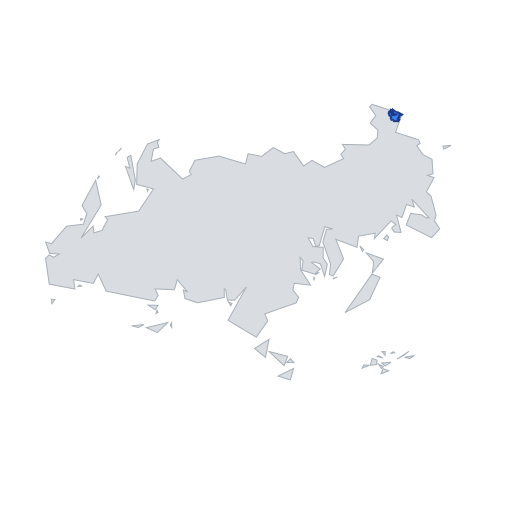 Russia, with Krasnodar highlighted, rotated 172°
{"feature_id": "RUS-2371", "entity_name": "Krasnodar", "entity_type": "Territory", "adm_level": 1, "iso_a3": "RUS", "parent_name": "Russia", "parent_adm1": "", "projection": "mercator", "projection_center": [39.522, 45.126], "detail": "fine", "context": "in_parent", "style": "filled", "palette": "blue", "viewbox_px": 512, "rotation_deg": 172, "n_neighbors": 0, "source": "natural_earth", "source_scale": "10m", "svg_char_len": 7746}
<svg xmlns="http://www.w3.org/2000/svg" viewBox="0 0 512 512"><g transform="rotate(172 256 256)"><path d="M347.9,382.0L335.7,384.8L337.8,382.5L337.1,377.2L342.7,376.1L346.7,364.3L337.1,366.4L317.9,342.4L308.8,345.7L310.3,349.2L303.0,359.3L278.9,360.1L253.6,348.6L249.6,358.4L236.6,353.8L223.8,361.0L213.2,353.3L204.4,354.2L196.3,338.5L187.3,342.9L175.8,334.2L155.6,340.3L157.9,344.8L152.5,349.4L154.9,354.5L128.5,350.2L119.7,355.9L117.7,363.7L124.5,371.8L117.9,378.2L122.7,387.9L120.0,390.1L91.7,376.2L100.6,359.0L79.0,348.6L77.7,344.7L81.4,343.0L76.8,333.3L68.3,327.4L69.3,312.8L74.8,311.9L68.7,308.9L78.4,295.8L74.4,291.0L72.0,271.4L74.4,266.1L70.3,257.4L79.6,249.7L102.9,265.8L96.9,276.7L86.1,273.6L82.0,270.1L79.3,269.6L93.8,290.6L92.3,282.4L99.8,286.0L106.2,273.8L111.1,277.1L109.1,259.1L115.7,260.5L117.8,264.9L113.2,267.9L117.3,272.0L136.3,256.8L134.9,262.0L151.7,261.4L154.8,250.5L174.6,261.4L169.7,240.9L182.4,225.4L185.8,227.4L183.3,237.8L187.8,260.5L182.5,272.7L175.9,272.0L183.8,275.5L191.8,257.7L195.3,256.9L197.1,265.4L201.7,266.7L198.4,257.4L188.3,255.3L189.8,244.8L186.5,237.9L190.9,226.3L193.4,239.4L200.1,242.1L201.9,241.9L194.2,234.1L200.5,230.0L212.6,235.6L210.1,244.7L212.5,248.6L213.7,236.0L206.0,219.5L221.9,223.7L224.2,217.3L219.5,209.3L222.7,204.0L255.3,197.5L253.4,190.1L267.0,175.5L292.6,196.2L269.9,226.6L283.2,215.3L290.4,216.3L290.7,226.2L291.1,227.7L292.1,227.9L293.1,219.4L320.4,217.8L332.2,223.7L332.7,232.5L328.7,229.8L337.2,243.5L341.5,233.9L360.5,237.5L358.3,230.5L362.7,225.6L409.2,242.0L414.8,260.1L420.9,251.5L440.0,258.0L439.9,248.5L464.7,256.9L464.7,283.0L460.8,285.9L456.5,282.9L450.5,285.4L460.0,287.3L462.4,299.2L456.9,296.6L439.5,311.9L422.4,311.5L417.7,321.4L421.3,330.3L404.2,353.4L402.2,328.1L426.7,298.2L413.1,308.3L413.4,301.5L405.0,302.7L397.8,312.6L400.0,315.9L365.9,316.8L348.1,336.7L364.2,343.5L360.9,363.6L347.9,382.0ZM175.7,187.6L143.7,221.9L136.2,217.7L149.5,196.9L175.7,187.6ZM367.8,338.7L372.8,362.8L368.7,360.6L369.9,371.6L366.0,373.2L364.9,347.9L367.8,338.7ZM130.2,235.2L143.2,222.9L140.2,233.9L146.3,243.7L130.2,235.2ZM352.6,202.4L364.4,193.9L374.5,200.3L352.6,202.4ZM243.5,143.4L256.3,159.6L238.5,152.2L243.5,143.4ZM239.2,128.5L250.9,134.0L234.5,139.4L239.2,128.5ZM260.7,154.3L270.4,164.6L254.7,171.7L260.7,154.3ZM376.6,203.7L382.5,201.5L388.7,204.2L376.6,203.7ZM47.3,338.4L55.1,335.7L55.6,338.8L47.3,338.4ZM124.1,136.9L130.9,134.2L117.7,140.3L124.1,136.9ZM363.4,216.8L369.7,222.4L359.8,220.8L363.4,216.8ZM127.1,255.4L123.6,258.6L122.0,256.4L123.7,253.0L127.1,255.4ZM137.0,132.1L143.3,129.1L146.4,132.5L137.0,132.1ZM158.1,131.8L155.2,138.4L150.6,136.0L151.7,131.8L158.1,131.8ZM164.3,133.1L159.0,132.0L166.6,130.2L164.3,133.1ZM150.0,245.8L151.7,251.5L148.5,247.3L150.0,245.8ZM240.4,146.3L236.1,149.5L233.3,145.1L240.4,146.3ZM140.6,123.8L148.7,121.9L145.8,126.8L140.6,123.8ZM464.7,241.6L461.2,240.7L464.7,237.2L464.7,241.6ZM118.1,133.1L123.0,135.0L113.2,135.4L118.1,133.1ZM182.7,223.1L178.3,223.9L182.7,222.6L182.7,223.1ZM288.0,210.2L289.8,214.6L286.4,212.1L288.0,210.2ZM437.1,250.4L434.3,251.8L432.9,250.5L437.1,250.4ZM148.3,140.0L144.7,137.7L150.5,139.6L148.3,140.0ZM147.4,127.1L149.7,131.8L145.2,128.8L147.4,127.1ZM381.2,375.2L380.5,376.7L378.5,378.8L381.2,375.2ZM142.1,139.6L144.6,143.8L141.3,143.3L142.1,139.6ZM200.2,229.2L197.1,230.9L196.3,230.6L200.2,229.2ZM424.6,317.4L422.4,316.7L424.5,315.7L424.6,317.4ZM363.0,213.0L361.6,216.2L360.8,213.7L363.0,213.0ZM354.3,335.0L354.7,337.5L353.4,336.9L354.3,335.0ZM402.5,354.2L400.6,357.2L400.1,356.3L402.5,354.2ZM136.4,140.8L133.3,142.1L132.2,140.8L136.4,140.8ZM202.3,223.8L201.6,226.9L200.9,226.0L202.3,223.8ZM350.6,199.5L348.8,201.8L349.4,197.0L350.6,199.5ZM374.8,380.7L377.7,378.7L374.7,381.2L374.8,380.7Z" fill="#d9dde1" stroke="#a8b0b8" stroke-width="1"/><path d="M101.8,382.0L101.0,381.8L100.7,381.8L100.4,382.5L100.2,382.3L100.1,382.1L99.7,381.8L99.6,381.7L99.4,381.5L99.3,381.4L99.0,381.1L98.8,380.8L98.7,380.6L98.1,380.2L97.8,379.9L97.8,379.7L97.4,379.6L97.2,379.3L96.8,379.1L96.0,378.9L95.8,378.9L95.7,378.8L95.5,378.5L95.4,378.4L95.4,378.2L95.2,378.3L95.2,378.2L94.9,377.8L94.6,377.6L94.7,377.8L94.7,378.0L94.3,377.8L94.2,377.8L93.9,377.8L93.7,377.7L93.4,377.2L93.1,376.7L92.2,376.2L91.8,376.2L91.7,376.1L91.5,375.9L91.9,375.9L92.0,375.8L92.5,375.6L92.5,375.4L92.1,375.5L92.0,375.4L92.1,375.5L92.1,375.3L92.1,375.2L91.9,375.2L91.8,375.4L91.7,375.4L91.8,375.2L92.2,375.0L92.3,375.0L92.8,375.3L93.0,375.4L92.9,375.5L93.2,375.7L93.3,375.6L93.1,375.5L93.0,375.4L93.5,375.4L93.6,375.5L94.0,375.3L93.9,375.4L94.0,375.3L94.2,375.5L94.3,375.4L94.3,375.5L94.5,375.5L94.4,375.4L94.6,375.1L94.4,374.9L94.5,375.0L94.4,374.8L94.4,374.5L94.3,374.4L94.2,374.4L94.2,374.5L94.3,374.5L94.3,374.8L94.2,375.1L94.2,374.3L94.2,374.2L94.3,374.3L94.3,374.1L94.8,373.8L94.8,373.6L95.0,373.1L95.1,372.8L95.3,372.7L95.5,372.7L95.3,372.8L95.3,373.1L95.2,373.4L95.2,373.5L95.3,373.6L95.3,373.4L95.5,373.1L95.6,372.8L95.6,372.7L95.9,372.4L96.3,372.8L96.7,372.8L96.7,372.7L96.0,372.1L95.9,371.9L95.5,371.5L95.4,371.4L95.2,371.4L95.2,371.5L95.3,371.5L95.2,371.6L95.0,371.4L94.8,371.1L94.6,370.5L94.5,370.4L94.8,370.6L95.0,370.6L95.3,370.5L95.5,370.3L95.8,370.3L95.9,370.1L96.0,370.4L96.4,370.5L96.7,370.4L96.8,370.4L96.7,370.2L96.4,370.1L96.2,370.1L96.3,370.0L96.3,369.8L96.4,369.7L96.6,369.7L97.0,369.6L97.0,369.8L97.6,369.8L97.5,370.2L97.4,370.2L97.4,370.6L97.5,370.5L98.0,370.6L98.3,370.3L98.4,370.0L98.8,370.0L99.0,369.9L99.3,369.9L99.3,370.0L99.9,369.9L100.0,370.0L100.5,370.0L100.8,370.2L100.7,370.3L100.7,370.5L100.5,370.8L101.0,370.9L101.0,371.2L101.2,371.3L101.1,371.5L101.3,371.9L102.3,371.9L102.4,372.0L102.8,372.0L102.8,371.9L103.0,371.8L103.0,372.0L102.9,372.2L103.0,372.2L103.0,372.4L103.1,372.5L103.3,372.7L103.4,372.8L103.4,373.3L103.5,373.3L103.6,373.6L103.7,373.8L103.5,374.0L103.4,374.1L103.2,374.1L102.6,374.1L102.6,374.7L102.8,374.8L102.8,375.0L103.0,375.1L103.0,375.4L103.1,375.5L103.1,375.8L103.7,375.8L103.8,375.7L103.9,375.8L103.9,376.2L104.0,376.3L104.2,376.7L104.7,376.7L104.7,376.8L104.7,377.0L104.5,377.4L104.4,377.6L104.1,377.7L104.1,377.8L104.2,378.0L104.3,378.1L104.5,378.3L104.9,378.5L104.6,378.8L104.8,379.0L104.9,379.3L104.8,379.5L104.6,379.8L104.4,379.9L104.4,380.1L104.2,380.2L104.2,380.3L104.0,380.2L103.9,380.3L103.9,380.2L103.8,380.3L103.7,380.2L103.8,380.1L103.7,380.0L103.4,380.0L103.4,379.9L103.2,379.9L102.8,379.8L102.6,379.8L102.8,380.1L102.9,380.3L102.7,380.4L102.6,380.5L102.4,380.5L102.3,381.0L102.3,381.3L102.2,381.5L102.3,381.6L102.2,381.7L102.2,382.0L102.1,381.9L101.8,382.0ZM99.8,376.2L99.6,376.0L99.5,375.9L99.4,375.9L99.3,376.0L99.0,376.3L98.8,376.4L98.7,376.5L98.4,376.7L98.1,376.7L97.9,376.7L97.7,376.6L97.5,376.4L97.4,376.5L97.1,376.6L97.0,376.8L97.5,377.1L98.0,377.3L98.7,377.3L99.0,377.4L99.3,377.3L99.5,377.1L99.4,377.0L99.3,376.9L99.1,376.8L99.1,376.7L99.3,376.5L99.5,376.5L99.4,376.7L99.4,376.8L99.5,376.8L99.5,376.7L99.7,376.9L99.9,376.7L100.1,376.6L100.2,376.9L100.3,376.9L100.3,377.0L100.4,377.3L100.4,377.5L100.5,377.6L100.4,377.6L100.2,377.7L100.2,377.8L100.2,378.0L100.1,378.6L99.9,378.8L99.9,379.0L100.1,379.0L100.3,379.3L100.6,379.4L100.6,379.6L100.4,379.8L100.4,380.0L100.2,380.0L100.1,379.8L100.0,379.7L99.9,379.6L99.7,379.6L99.7,379.8L99.8,380.0L99.7,380.2L99.8,380.4L99.7,380.5L100.0,380.7L100.4,380.8L100.8,380.9L101.1,381.2L101.4,380.9L101.5,380.6L101.6,380.4L101.4,380.2L101.4,379.5L101.5,379.3L101.6,379.2L101.5,378.5L101.4,378.3L101.3,378.2L101.4,377.9L101.4,377.6L101.5,377.6L101.8,377.6L101.9,377.8L102.0,378.0L102.2,378.3L102.2,378.5L102.3,378.6L102.3,378.2L102.2,377.9L102.1,377.7L102.0,377.4L101.8,376.9L101.5,376.6L101.4,376.6L101.1,376.3L100.8,376.2L100.3,376.3L100.2,376.3L100.1,376.2L99.8,376.1L99.8,376.2Z" fill="#3b82f6" stroke="#1e3a8a" stroke-width="1.5"/></g></svg>